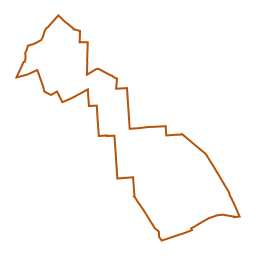 Chiselet, Calarasi, Romania
{"feature_id": "2599482B88528086640764", "entity_name": "Chiselet", "entity_type": "district", "adm_level": 2, "iso_a3": "ROU", "parent_name": "Romania", "parent_adm1": "Calarasi", "projection": "albers", "projection_center": [26.795, 44.194], "detail": "fine", "context": "isolated", "style": "outline", "palette": "amber", "viewbox_px": 256, "rotation_deg": 0, "n_neighbors": 0, "source": "geoboundaries", "source_scale": "gbopen_adm2", "svg_char_len": 4846}
<svg xmlns="http://www.w3.org/2000/svg" viewBox="0 0 256 256"><path d="M161.7,240.6L162.1,240.4L171.9,237.2L180.4,234.3L182.1,233.8L182.8,233.6L183.0,233.5L184.6,233.0L192.0,230.1L191.1,228.4L191.6,228.1L192.0,227.9L192.5,227.7L194.6,226.5L202.3,221.9L208.7,218.3L215.2,216.0L215.5,216.0L215.8,215.8L217.2,215.3L223.0,214.7L234.2,216.7L234.2,217.2L239.6,216.5L235.4,206.9L234.7,205.3L232.2,200.0L231.4,198.3L231.3,198.0L231.1,197.7L230.5,196.6L229.9,195.6L229.8,195.3L229.7,195.2L229.6,194.7L229.5,194.3L229.5,194.2L229.4,193.9L229.4,193.7L229.4,193.3L229.4,193.2L229.0,192.6L228.5,191.4L226.5,188.1L224.7,185.2L223.8,183.7L222.9,182.1L221.0,179.0L220.4,177.9L219.0,175.4L217.1,172.4L215.5,169.6L214.0,167.2L212.6,165.0L210.6,161.8L208.4,158.2L206.4,155.0L206.0,154.3L205.0,153.3L203.4,152.0L201.8,150.7L198.7,148.1L195.6,145.5L192.7,143.1L190.3,141.0L188.2,139.3L186.7,138.0L185.5,137.0L184.2,135.9L182.0,134.1L181.7,134.5L180.6,134.6L177.9,134.7L176.8,134.7L175.6,134.8L173.2,134.9L171.4,135.1L168.3,135.3L166.2,135.4L165.7,126.2L163.9,126.3L159.7,126.5L157.5,126.6L156.2,126.7L152.3,126.9L150.8,126.9L147.7,127.1L147.3,127.1L144.9,127.4L142.7,127.7L137.3,128.3L129.7,128.8L129.5,126.2L129.2,121.5L129.0,118.5L128.8,115.8L128.6,111.9L128.3,108.2L127.9,101.9L127.5,95.5L127.3,92.6L127.1,89.6L127.0,88.1L126.9,88.1L125.0,88.2L122.1,88.4L118.3,88.6L116.1,88.7L117.0,79.0L117.1,78.7L116.1,78.3L113.3,76.8L112.8,76.5L112.6,76.4L112.4,76.2L112.2,75.8L112.0,75.7L111.7,75.6L110.5,75.2L110.3,75.1L109.4,74.7L107.8,73.8L105.8,72.8L102.7,71.1L100.7,70.0L99.7,69.5L99.2,69.2L98.9,69.1L98.6,69.0L98.4,69.0L98.2,68.9L97.6,68.9L97.0,69.0L96.4,69.1L96.1,69.2L94.7,70.0L90.1,72.8L87.3,74.5L86.9,74.7L87.3,62.9L87.3,62.0L87.3,61.7L87.1,61.0L87.2,59.5L87.2,58.6L87.3,57.2L87.3,55.5L87.4,52.9L87.6,47.8L87.7,43.9L87.7,42.7L87.7,42.3L80.1,42.1L80.1,42.3L79.6,42.3L79.6,41.9L79.7,40.5L79.9,35.2L80.0,31.0L74.4,29.4L74.0,29.4L74.1,29.2L73.8,28.8L73.5,28.6L73.2,28.4L73.1,28.2L72.7,27.9L71.7,27.1L70.5,26.1L69.9,25.6L69.4,25.3L69.3,25.1L69.2,25.0L69.1,24.9L68.9,24.8L68.8,24.7L68.7,24.6L68.4,24.3L67.4,23.6L66.6,23.0L65.6,22.2L64.9,21.7L64.6,21.4L64.1,20.9L63.0,19.9L62.4,19.2L61.7,18.5L60.8,17.7L60.2,17.1L59.2,16.2L58.4,15.4L57.4,16.4L56.8,17.1L56.1,17.9L56.0,18.0L55.9,18.0L55.7,18.3L55.5,18.5L54.2,20.1L52.6,21.9L51.6,23.0L51.2,23.4L51.1,23.5L51.0,23.8L50.9,23.9L50.7,24.1L50.5,24.3L50.1,24.6L49.4,25.5L49.0,26.0L48.6,26.4L48.3,26.7L48.1,26.9L47.9,27.1L47.6,27.3L47.4,27.4L47.3,27.5L47.2,27.6L46.9,27.9L46.8,28.0L46.7,28.1L46.2,28.4L46.1,28.6L45.9,28.8L45.7,29.0L45.6,29.4L44.9,30.6L44.6,31.3L44.5,31.6L44.3,32.1L44.0,33.3L43.5,34.9L43.3,35.5L43.2,35.8L43.2,36.2L43.1,36.3L42.9,36.8L42.6,37.4L42.0,38.6L41.4,39.8L41.2,40.0L40.9,40.3L40.6,40.4L40.4,40.5L39.8,40.8L37.7,42.0L36.9,42.5L35.8,43.0L35.2,43.3L34.7,43.5L33.8,43.9L33.3,44.2L32.9,44.4L32.7,44.4L32.4,44.4L32.0,44.4L31.9,44.4L31.4,44.6L31.2,44.7L30.8,44.8L30.3,44.9L30.1,44.9L29.9,45.0L29.3,45.3L28.5,45.6L28.0,45.7L28.0,45.8L27.9,45.8L27.9,46.0L27.8,46.3L27.7,46.6L27.5,47.2L27.1,48.4L27.0,48.8L26.7,49.7L25.7,51.9L25.4,52.5L25.3,52.8L25.3,53.1L25.3,53.4L25.3,54.4L25.4,55.2L25.5,56.7L25.5,57.5L25.5,58.0L25.4,58.3L25.4,58.8L25.3,59.5L25.1,60.7L25.0,61.1L24.9,61.4L24.8,61.6L24.7,61.7L24.7,61.8L24.2,61.9L23.8,61.9L23.6,62.0L23.0,63.2L22.2,65.2L20.6,68.7L19.7,70.5L18.3,73.4L17.5,75.2L16.7,76.8L16.6,77.0L16.4,77.3L16.4,77.5L27.8,74.4L34.1,71.5L37.2,70.0L38.2,72.3L38.2,72.5L43.4,87.3L43.9,90.1L44.1,90.8L44.4,91.6L51.0,95.0L57.0,91.5L62.2,101.8L62.3,102.2L62.7,102.1L63.0,101.9L63.5,101.7L64.9,101.1L68.8,99.4L72.0,98.0L73.5,97.2L74.4,96.8L76.3,95.7L78.3,94.6L80.0,93.7L82.9,92.1L86.5,90.1L87.9,89.4L87.9,89.9L87.9,90.4L87.9,91.3L88.1,93.5L88.2,96.4L88.6,100.1L88.7,102.9L89.0,106.0L92.5,105.8L94.6,105.7L96.7,105.6L96.8,105.8L96.9,107.6L97.0,109.3L97.5,118.2L97.8,121.9L98.2,127.6L98.7,134.4L98.8,135.9L98.8,136.0L99.0,136.0L99.9,135.9L102.2,135.8L104.2,135.6L106.2,135.5L106.7,135.4L106.7,136.0L114.4,135.7L114.6,137.7L114.6,139.0L114.7,140.0L114.8,141.1L114.9,142.2L115.0,143.4L115.0,143.9L115.0,144.4L115.1,145.1L115.2,146.2L115.3,147.8L115.4,149.4L115.5,150.3L115.5,151.1L115.6,152.4L115.7,153.3L115.8,154.1L115.8,155.1L115.9,156.1L116.5,166.6L116.6,167.4L116.7,168.2L116.7,168.8L116.8,169.7L116.8,170.7L116.9,171.8L116.9,172.8L117.0,173.7L117.0,174.4L117.2,175.6L117.3,176.8L117.3,177.8L117.3,178.5L117.8,178.4L120.2,178.3L121.4,178.2L122.1,178.1L124.5,177.9L127.0,177.8L129.9,177.5L132.0,177.4L133.1,177.3L133.2,178.5L133.3,180.5L133.4,181.7L133.6,184.4L133.7,186.1L133.9,188.7L134.3,193.8L134.5,196.2L134.0,196.6L134.7,197.2L134.9,197.4L135.5,198.2L136.6,200.0L137.5,201.5L139.9,204.8L142.4,208.4L145.0,212.5L148.1,217.4L150.8,221.9L151.9,223.5L154.7,228.1L154.9,228.3L156.3,229.5L157.8,230.7L158.8,231.5L158.9,232.7L159.1,236.9L161.7,240.6Z" fill="none" stroke="#b45309" stroke-width="2"/></svg>